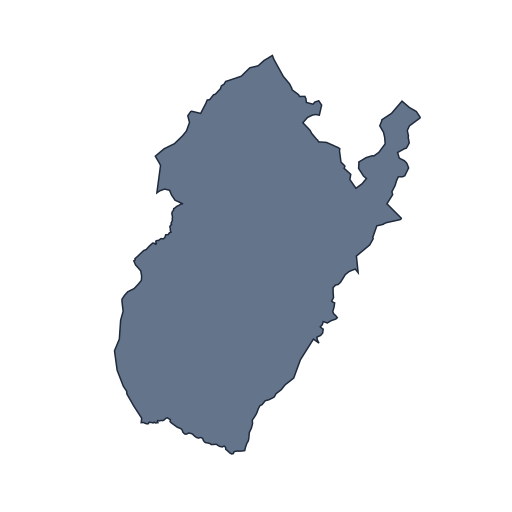 the district of Bogoro, Bauchi, Nigeria, rotated 108°
{"feature_id": "59680162B11671066128606", "entity_name": "Bogoro", "entity_type": "district", "adm_level": 2, "iso_a3": "NGA", "parent_name": "Nigeria", "parent_adm1": "Bauchi", "projection": "mercator", "projection_center": [9.621, 9.639], "detail": "fine", "context": "isolated", "style": "filled", "palette": "slate", "viewbox_px": 512, "rotation_deg": 108, "n_neighbors": 0, "source": "geoboundaries", "source_scale": "gbopen_adm2", "svg_char_len": 4370}
<svg xmlns="http://www.w3.org/2000/svg" viewBox="0 0 512 512"><g transform="rotate(108 256 256)"><path d="M226.6,369.8L223.8,367.7L220.6,363.6L220.2,358.5L224.0,355.3L228.0,350.2L229.0,341.5L229.7,343.4L231.3,344.6L233.4,346.8L235.6,348.1L236.3,348.9L237.7,348.7L238.0,348.6L239.7,349.3L241.6,349.2L244.8,347.4L246.5,347.2L248.0,346.5L251.0,346.9L252.3,346.0L253.2,346.8L254.9,347.0L256.1,346.1L258.3,345.3L259.6,344.2L260.6,345.5L262.8,346.1L263.7,348.4L266.8,348.4L268.5,349.7L268.7,351.6L271.4,353.6L271.7,354.7L272.5,355.7L273.6,355.7L274.8,354.6L275.9,355.0L275.3,356.8L275.6,358.2L279.3,360.4L283.8,362.4L285.5,364.5L288.8,366.3L293.1,368.6L295.9,370.3L297.2,369.7L298.4,370.7L301.8,367.7L303.5,364.7L305.8,361.0L310.6,358.5L314.7,357.5L319.5,359.4L324.7,361.9L329.6,366.9L333.8,368.8L338.4,370.1L340.5,369.5L341.8,368.9L349.6,365.3L358.9,364.9L377.3,360.3L388.7,361.2L389.9,361.3L404.6,354.2L407.5,352.8L420.9,341.9L424.5,337.3L425.8,336.7L427.2,336.1L431.1,331.8L436.6,325.7L443.9,316.7L445.6,314.6L450.0,313.7L449.1,311.4L449.3,310.5L449.4,309.4L449.3,307.7L448.7,306.5L447.5,306.4L446.8,305.5L446.9,304.9L446.6,303.9L446.6,302.3L445.5,301.5L445.9,300.2L445.4,299.0L444.8,297.8L443.9,298.7L442.9,298.6L442.7,297.0L441.7,295.4L441.4,293.8L440.5,292.8L439.0,292.0L437.9,291.4L437.3,290.3L437.7,288.9L438.0,286.9L439.7,286.6L440.0,286.6L440.9,284.9L443.1,278.2L443.3,276.4L443.4,274.3L444.0,273.2L444.5,272.1L445.8,271.5L446.8,269.9L447.3,268.6L447.1,267.5L446.4,266.5L445.3,265.5L445.0,264.6L444.9,263.2L444.9,261.8L445.2,260.9L446.2,259.0L447.0,256.5L446.9,254.3L446.0,253.2L445.6,251.7L446.3,250.1L447.7,249.0L448.7,247.6L449.1,246.0L448.7,244.3L448.6,241.9L448.8,241.1L449.2,240.3L447.3,235.5L447.9,233.7L448.3,231.5L448.0,229.0L447.7,228.7L446.7,227.8L446.7,227.0L447.8,225.5L448.6,225.3L449.3,225.0L449.8,223.4L451.5,219.8L451.8,217.9L450.9,216.5L449.3,216.5L448.4,215.7L447.4,213.8L446.6,211.1L445.7,208.9L444.6,206.6L441.2,206.9L437.0,206.8L434.3,206.2L432.0,206.4L426.0,207.8L421.0,207.2L416.4,207.5L413.3,208.8L408.7,207.5L406.2,206.9L404.2,206.7L400.7,206.6L397.3,206.1L395.5,204.3L390.8,202.5L388.8,199.4L386.5,197.0L384.5,195.1L380.8,194.4L375.4,190.7L369.5,188.5L361.9,183.4L360.4,182.4L357.1,182.3L340.9,181.7L317.3,175.7L319.4,169.2L316.7,171.9L314.3,173.0L313.1,171.7L311.6,170.0L308.6,168.8L304.8,169.5L304.2,171.5L303.5,173.0L300.8,171.7L297.6,171.8L297.6,170.2L297.7,167.5L294.5,164.8L292.8,162.6L291.3,160.6L289.5,159.6L288.0,161.9L287.2,163.9L285.3,165.8L280.3,166.0L276.3,166.7L276.1,168.7L275.5,170.1L271.6,169.4L266.3,171.6L262.2,172.9L259.1,171.4L257.7,169.1L254.9,167.5L252.5,166.9L249.8,166.2L246.2,165.4L242.3,162.9L239.9,160.3L237.8,157.5L240.3,153.7L236.7,155.3L225.0,160.5L212.8,152.8L210.4,151.3L207.5,150.7L207.0,150.6L203.3,149.9L202.1,150.7L198.2,150.6L189.9,150.4L188.9,148.6L186.5,144.7L186.1,144.6L184.0,142.3L176.9,130.2L175.7,129.4L175.1,129.6L165.9,147.6L155.4,145.0L152.9,146.6L146.0,145.5L140.8,145.6L136.7,145.1L135.3,141.0L133.7,139.3L125.4,138.1L125.2,138.0L122.0,140.5L120.8,141.8L119.9,143.7L119.6,144.0L118.6,150.0L113.8,153.3L108.3,148.2L106.9,146.3L104.1,145.7L101.1,145.2L96.0,148.0L94.7,148.1L89.9,150.9L84.8,150.3L74.0,142.6L73.2,142.9L69.0,148.2L67.4,155.9L63.6,165.0L78.5,171.2L87.5,178.4L89.1,178.2L93.8,178.5L94.0,178.5L97.6,174.5L99.0,172.9L103.6,170.2L109.2,167.9L109.4,167.8L119.5,171.2L124.5,174.9L124.7,176.4L128.4,181.7L134.9,187.3L135.3,187.0L141.0,185.5L146.7,178.5L148.2,174.9L154.4,177.4L154.5,177.4L160.7,181.9L154.3,190.3L149.1,191.1L146.3,197.2L145.4,199.3L143.1,199.2L142.6,199.9L140.5,204.1L140.4,204.2L130.4,209.0L128.0,209.5L127.4,212.0L127.2,215.3L127.0,215.8L126.2,224.1L127.1,227.7L128.1,231.7L126.7,233.3L126.3,234.4L122.2,240.9L119.8,243.4L117.1,248.3L114.8,252.6L108.3,249.8L104.5,245.8L103.0,243.0L102.5,239.3L92.2,240.2L89.0,244.3L91.4,247.6L94.0,248.7L94.4,255.5L91.0,257.1L89.1,258.8L90.8,263.9L89.4,265.4L86.8,273.1L85.5,273.7L82.0,277.2L76.7,285.6L63.6,299.6L60.2,302.4L67.6,308.8L74.5,312.8L78.9,320.0L84.8,323.1L89.6,325.6L99.4,338.8L102.3,339.4L104.9,341.5L107.9,341.5L114.8,344.7L115.7,346.2L121.7,348.4L122.7,350.6L126.4,350.9L137.5,352.7L137.5,352.8L138.2,362.0L139.0,362.8L143.7,364.2L149.6,360.5L158.7,360.8L164.6,363.1L174.4,368.3L182.5,376.6L192.2,382.6L196.0,378.3L196.6,377.6L199.3,374.8L226.6,369.8Z" fill="#64748b" stroke="#1e293b" stroke-width="1.5"/></g></svg>